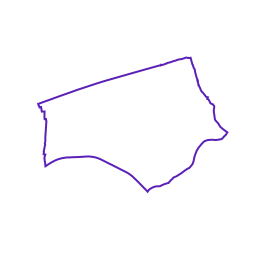 outline of Heemstede, Noord-Holland, Netherlands, rotated 58°
{"feature_id": "6326949B37301636239269", "entity_name": "Heemstede", "entity_type": "district", "adm_level": 2, "iso_a3": "NLD", "parent_name": "Netherlands", "parent_adm1": "Noord-Holland", "projection": "orthographic", "projection_center": [4.618, 52.343], "detail": "fine", "context": "isolated", "style": "outline", "palette": "violet", "viewbox_px": 256, "rotation_deg": 58, "n_neighbors": 0, "source": "geoboundaries", "source_scale": "gbopen_adm2", "svg_char_len": 5378}
<svg xmlns="http://www.w3.org/2000/svg" viewBox="0 0 256 256"><g transform="rotate(58 128 128)"><path d="M116.7,218.3L116.7,218.0L116.7,217.5L116.7,216.6L116.6,213.7L116.6,212.5L116.6,211.8L116.7,210.1L116.7,209.8L116.8,208.5L116.9,207.4L116.9,207.0L117.1,206.0L117.2,205.6L117.2,205.1L117.4,204.2L117.5,203.9L117.8,202.6L117.9,202.3L118.1,201.9L118.2,201.4L118.3,201.0L118.4,200.7L118.7,199.8L118.9,199.2L119.3,198.3L119.9,197.0L120.1,196.4L121.1,194.6L122.1,192.9L122.6,192.0L123.7,190.0L125.8,186.4L129.9,178.9L130.2,178.2L130.6,177.5L130.8,177.2L131.5,176.2L131.7,175.9L132.0,175.4L132.3,175.1L132.5,174.8L133.0,174.2L133.4,173.7L133.7,173.4L134.3,172.6L135.0,171.9L135.5,171.4L135.9,171.0L136.4,170.6L136.8,170.2L137.3,169.8L138.2,169.1L138.7,168.7L139.2,168.4L140.0,167.8L140.7,167.4L141.4,167.0L142.3,166.4L145.3,164.6L146.6,163.8L149.0,162.4L150.1,161.6L152.0,160.5L157.6,157.1L158.3,156.7L160.5,155.4L161.7,154.6L162.9,153.9L163.6,153.5L165.9,152.1L168.1,151.1L169.4,150.6L170.9,150.0L171.2,150.0L172.9,149.5L174.2,149.2L174.9,149.0L179.4,147.9L185.9,146.5L188.2,146.0L188.4,145.9L189.5,145.7L192.4,145.1L191.9,144.0L191.7,143.6L191.6,143.1L191.4,142.3L191.3,141.7L191.4,140.8L191.4,139.7L191.5,138.6L191.7,137.5L191.8,136.9L192.0,136.4L192.3,135.4L192.8,134.3L193.5,133.2L194.3,131.9L194.4,131.6L194.4,130.7L194.5,129.6L194.5,129.2L194.6,128.8L194.9,127.0L195.3,125.2L195.5,124.4L196.0,123.2L196.1,122.8L195.7,121.7L195.3,120.3L195.1,119.8L194.8,117.9L194.7,117.6L194.6,117.1L194.3,116.2L194.2,115.9L194.1,115.4L194.3,114.6L194.4,113.8L194.6,112.8L194.6,112.5L194.6,111.1L194.6,108.9L194.6,107.5L194.6,107.0L194.6,106.8L194.6,106.4L194.4,105.2L194.4,104.4L194.3,103.5L194.2,102.2L194.1,100.9L194.1,100.1L194.1,99.4L194.1,98.8L194.4,97.4L194.3,97.2L194.1,96.2L193.9,95.6L193.0,92.9L192.4,91.8L192.1,91.4L190.8,89.9L190.1,89.3L188.8,87.9L187.9,87.2L187.6,86.8L187.0,86.1L186.6,85.7L184.1,82.3L183.6,81.7L183.3,80.9L182.6,79.6L182.4,79.2L182.0,78.3L181.6,77.2L180.5,73.9L180.3,73.1L180.2,72.7L179.9,71.2L179.7,70.6L180.1,68.3L180.2,67.6L180.6,66.6L180.7,66.3L180.9,66.0L180.9,65.9L181.3,65.1L181.6,64.5L181.9,64.0L182.4,63.2L182.9,62.4L183.4,61.7L184.7,60.0L185.0,59.4L185.2,58.9L185.3,58.7L186.4,56.1L186.6,55.5L186.8,55.0L186.9,54.8L187.0,54.4L186.9,53.8L186.9,53.6L186.4,52.0L186.3,51.7L185.9,50.3L185.9,50.1L185.8,49.4L185.7,49.2L185.6,48.4L185.2,47.6L185.1,47.4L184.9,47.2L184.6,46.9L184.3,46.1L183.0,46.6L182.9,46.6L181.5,47.2L181.4,47.2L181.2,47.3L179.8,47.9L179.0,48.1L178.5,48.3L177.9,48.5L177.2,48.7L176.8,48.8L176.0,49.1L175.6,49.1L173.5,49.1L171.6,49.1L170.1,49.4L169.5,49.5L168.5,49.7L167.7,49.8L167.4,49.8L167.0,49.7L166.7,49.7L166.3,49.5L166.0,49.4L165.5,49.2L165.2,49.1L163.8,48.4L163.4,48.2L163.2,48.1L162.8,48.0L162.5,47.8L161.5,47.4L160.4,47.0L159.9,46.7L159.6,46.5L159.1,46.2L158.4,45.8L158.1,45.6L157.7,45.3L157.5,45.1L157.2,44.8L156.8,44.5L156.6,44.3L156.2,44.0L155.8,43.7L155.6,43.5L155.4,43.4L154.8,43.3L154.6,43.3L154.2,43.4L153.3,43.5L153.0,43.5L152.9,43.6L152.7,43.6L152.2,44.0L151.9,44.3L151.7,44.5L151.2,44.7L150.3,45.0L150.1,44.9L149.9,44.9L149.2,44.7L148.9,44.7L148.0,44.7L146.6,44.6L146.4,44.6L146.2,44.7L146.0,44.8L145.9,44.9L145.7,45.0L145.4,45.4L145.0,45.1L144.8,44.8L144.3,44.0L143.3,44.9L143.0,45.2L139.4,45.6L137.3,45.8L136.9,46.1L135.6,46.2L134.2,46.2L133.5,45.9L131.5,45.6L130.6,45.6L129.6,45.5L129.6,45.4L128.4,45.1L128.4,45.3L127.7,45.0L126.4,44.6L124.7,44.1L124.7,43.8L124.8,43.7L124.0,43.4L123.4,43.4L123.4,43.5L121.0,42.9L119.3,42.4L116.5,41.5L115.4,41.1L114.3,40.6L114.0,40.5L113.5,40.3L112.7,40.4L112.2,40.4L111.8,40.4L111.3,40.3L109.9,39.9L109.6,39.8L108.5,39.5L108.2,39.7L107.2,39.4L105.2,38.8L104.8,38.7L104.5,38.6L104.2,38.5L103.6,38.3L102.9,38.1L102.6,38.1L102.3,37.9L101.6,37.7L101.5,38.0L101.5,38.3L101.4,38.5L100.2,40.2L100.1,40.3L99.5,40.8L99.3,41.0L99.1,41.4L99.0,41.8L98.9,42.0L98.8,42.4L98.7,43.0L98.6,43.7L98.2,45.1L97.7,46.5L97.3,47.6L97.2,47.7L96.8,48.6L96.7,48.9L96.6,49.1L96.5,49.5L96.5,49.8L96.4,50.2L96.1,51.7L95.9,52.4L95.8,52.5L95.7,52.8L95.4,54.1L95.2,55.0L94.9,56.0L94.8,56.6L94.7,57.1L94.5,57.9L94.4,58.2L94.3,58.6L94.0,59.2L93.9,59.5L93.7,60.1L93.7,60.3L93.7,60.6L93.7,60.8L93.8,60.9L93.7,61.3L93.3,62.5L93.2,64.0L92.7,65.4L92.4,65.8L92.5,65.8L92.3,67.1L92.0,67.1L89.6,75.1L83.1,97.4L76.6,120.0L75.2,125.0L73.5,131.6L68.9,150.3L67.2,158.2L65.9,163.9L63.8,173.5L62.7,178.8L61.6,183.8L60.2,190.5L60.0,191.1L59.9,191.3L60.4,191.5L61.6,191.9L62.4,191.7L62.9,191.8L63.7,192.1L63.9,191.5L64.0,191.1L64.2,190.6L65.8,191.3L67.0,191.8L68.4,192.4L68.7,191.9L68.8,191.7L69.2,191.0L69.8,190.0L70.2,190.3L71.6,191.2L73.4,192.4L74.5,193.1L76.3,194.0L76.7,193.2L76.9,192.8L78.8,193.7L79.0,193.6L82.3,196.0L86.6,199.1L89.5,201.2L91.2,202.4L92.8,203.6L93.0,203.6L93.4,203.8L94.5,204.6L95.1,204.9L95.3,205.0L95.9,205.6L96.3,206.1L97.2,206.8L97.4,206.8L97.6,206.9L97.9,207.0L98.1,207.0L98.4,207.2L98.4,207.3L98.6,207.5L98.8,207.7L98.9,207.9L99.3,208.2L99.7,208.6L100.5,209.3L101.2,209.9L101.5,210.1L101.6,210.4L102.4,211.0L102.7,211.3L102.9,211.5L103.5,211.9L103.5,212.0L103.9,212.1L104.1,212.3L104.3,212.4L104.9,212.9L105.6,213.5L106.7,212.2L107.6,213.2L107.8,213.4L108.6,214.3L109.2,214.8L109.4,215.0L109.9,215.1L110.2,215.2L110.4,215.3L110.8,215.5L111.5,215.9L111.7,216.0L112.3,216.3L112.7,216.4L112.9,216.5L113.3,216.5L115.3,217.6L116.0,218.0L116.7,218.3Z" fill="none" stroke="#5b21b6" stroke-width="2"/></g></svg>